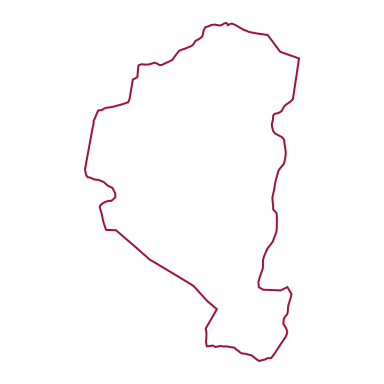 outline of Pedro Laurentino, Piauí, Brazil
{"feature_id": "56859067B37572379149767", "entity_name": "Pedro Laurentino", "entity_type": "district", "adm_level": 2, "iso_a3": "BRA", "parent_name": "Brazil", "parent_adm1": "Piauí", "projection": "equal_earth", "projection_center": [-42.251, -8.091], "detail": "fine", "context": "isolated", "style": "outline", "palette": "rose", "viewbox_px": 384, "rotation_deg": 0, "n_neighbors": 0, "source": "geoboundaries", "source_scale": "gbopen_adm2", "svg_char_len": 2575}
<svg xmlns="http://www.w3.org/2000/svg" viewBox="0 0 384 384"><path d="M154.6,62.7L151.4,63.7L148.5,64.5L144.7,64.6L141.6,64.2L138.4,65.5L137.7,72.8L137.4,77.0L135.0,78.5L132.9,79.4L131.0,90.3L129.5,99.2L128.2,102.2L122.6,104.2L113.2,106.7L109.6,107.4L106.7,107.7L104.2,108.5L101.9,110.1L98.3,110.4L96.8,113.5L95.2,117.6L93.7,120.5L93.5,124.3L92.7,127.3L85.0,169.3L85.4,171.9L86.2,175.3L87.9,177.3L89.9,177.5L94.4,179.5L98.6,179.9L103.6,182.0L107.9,185.7L112.4,187.9L115.3,193.4L115.3,197.4L111.3,200.9L108.6,200.9L105.7,201.8L103.0,203.1L100.7,204.8L99.7,207.1L101.8,214.2L102.8,219.2L103.4,221.9L104.9,226.6L106.1,229.9L115.9,230.2L130.8,243.0L135.7,247.2L145.9,256.2L149.9,259.7L164.1,268.1L190.8,284.2L193.8,286.2L200.3,293.4L207.3,301.1L216.9,309.2L205.7,328.6L206.4,332.3L206.4,337.2L206.0,342.1L206.8,346.3L210.0,346.0L212.6,345.5L215.7,347.0L218.5,346.3L221.3,345.9L223.5,346.6L225.8,346.3L228.8,346.8L231.8,347.3L234.3,347.6L236.2,349.5L238.6,351.0L240.4,352.7L242.6,353.6L245.2,353.7L249.2,354.8L251.6,355.4L254.5,357.7L256.8,359.5L259.2,361.0L262.0,360.1L264.9,359.6L267.2,358.3L271.3,358.0L273.2,355.4L275.1,352.9L277.6,348.9L280.3,344.7L282.4,341.7L284.2,339.0L285.9,336.3L287.3,332.7L286.5,329.2L285.1,326.5L283.3,323.9L283.8,318.9L285.0,316.7L287.2,314.3L287.8,311.8L287.9,309.1L288.3,305.5L289.8,300.7L291.0,296.7L291.4,293.8L287.4,287.1L280.6,290.4L263.1,289.7L258.8,287.1L258.4,281.9L259.7,277.5L260.7,274.6L262.5,269.3L263.1,266.5L262.9,263.8L262.9,260.6L263.8,257.0L265.8,252.2L267.7,248.2L269.3,246.2L272.6,241.9L275.1,235.3L276.2,232.5L276.7,229.2L276.9,221.2L276.9,217.7L276.6,213.1L273.2,209.4L273.1,205.5L272.7,202.2L272.4,197.6L273.0,194.5L273.9,190.7L274.6,186.8L274.9,184.2L275.8,180.1L277.5,174.1L278.4,171.0L279.9,168.6L282.4,165.6L283.9,163.8L284.7,160.6L285.4,156.9L285.8,152.7L285.3,148.6L284.5,143.5L284.1,139.7L282.0,137.2L275.2,133.6L273.3,131.2L272.1,127.1L271.8,123.9L272.9,120.3L273.2,115.6L274.6,113.8L276.6,113.5L279.3,112.6L281.8,110.9L284.1,106.4L286.2,104.5L290.2,101.8L292.9,99.2L297.1,71.4L299.0,58.4L280.2,51.8L267.7,35.0L259.2,33.8L255.2,33.2L248.9,31.9L246.5,30.8L243.6,29.8L241.7,28.7L239.6,27.5L236.9,25.9L234.3,24.5L231.8,23.6L229.9,24.0L228.0,25.2L226.6,23.0L224.4,23.3L222.0,24.8L219.7,25.6L217.1,25.0L214.6,24.6L211.4,25.0L208.5,26.3L205.2,27.3L203.7,30.4L203.0,33.9L202.2,36.6L199.1,39.0L195.6,40.8L192.8,45.0L190.8,46.3L188.1,47.4L185.1,48.6L182.0,49.6L179.2,50.7L176.1,54.7L174.3,57.1L172.4,59.8L168.8,61.7L165.2,63.3L161.4,65.1L159.4,65.0L157.3,63.7L154.6,62.7Z" fill="none" stroke="#9f1239" stroke-width="2"/></svg>